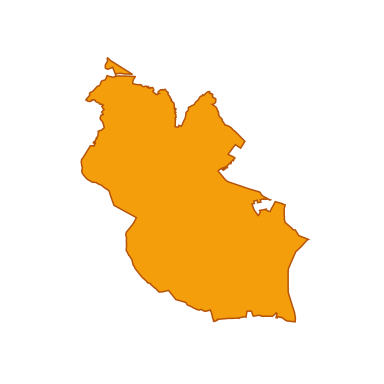 the district of Mihaesti, Vâlcea, Romania, rotated 347°
{"feature_id": "2599482B28552559363507", "entity_name": "Mihaesti", "entity_type": "district", "adm_level": 2, "iso_a3": "ROU", "parent_name": "Romania", "parent_adm1": "Vâlcea", "projection": "albers", "projection_center": [24.236, 45.036], "detail": "fine", "context": "isolated", "style": "filled", "palette": "amber", "viewbox_px": 384, "rotation_deg": 347, "n_neighbors": 0, "source": "geoboundaries", "source_scale": "gbopen_adm2", "svg_char_len": 5990}
<svg xmlns="http://www.w3.org/2000/svg" viewBox="0 0 384 384"><g transform="rotate(347 192 192)"><path d="M263.3,341.7L264.4,338.2L264.8,332.3L263.8,320.9L263.2,311.3L266.0,298.8L268.0,290.4L268.9,288.1L279.6,273.6L286.6,269.5L293.0,264.9L294.8,264.4L286.2,258.5L284.1,252.2L282.1,251.6L281.2,249.9L275.9,242.6L275.9,239.0L276.5,236.9L276.5,236.0L277.8,230.0L278.2,228.8L279.9,225.5L277.3,224.0L277.4,223.8L276.8,223.3L270.9,220.1L268.7,222.8L265.6,226.1L263.6,228.7L260.8,226.8L260.3,225.8L259.9,226.1L259.6,225.7L260.0,225.4L253.7,225.2L254.3,226.5L251.5,229.9L251.2,229.9L249.0,224.8L248.5,223.1L247.9,219.3L247.8,217.2L250.1,217.2L250.1,214.8L253.7,214.7L253.5,217.2L256.9,217.3L256.9,214.8L260.2,214.8L260.2,215.2L262.3,215.5L262.2,215.7L263.1,215.8L263.2,215.0L266.1,217.4L266.6,217.3L265.5,216.6L259.7,211.5L259.2,210.6L258.4,208.0L258.1,207.4L257.7,207.1L248.6,202.0L230.4,190.7L228.9,189.6L227.1,187.3L222.4,178.0L222.2,177.5L222.6,177.0L224.7,176.0L225.7,175.8L227.4,177.8L228.5,177.4L226.9,175.6L227.9,175.5L229.5,177.0L229.9,176.8L228.4,175.4L230.2,175.1L231.8,176.3L232.2,175.9L230.9,174.9L232.7,174.1L235.4,172.4L236.2,173.2L236.8,172.4L236.2,171.9L238.8,170.2L239.4,170.8L239.8,170.3L239.3,169.9L241.5,168.5L240.1,167.0L235.6,163.4L242.8,157.3L244.2,156.3L244.8,155.6L249.3,160.2L254.9,154.6L249.5,145.6L247.0,141.8L245.9,140.7L245.3,139.3L244.7,138.3L243.1,136.6L240.9,134.9L239.3,134.2L238.9,133.9L239.0,133.3L238.6,131.9L237.4,129.2L237.8,128.4L237.7,128.0L236.8,126.2L235.5,124.3L235.2,123.2L235.6,122.8L235.4,122.1L235.6,121.5L235.7,119.4L235.3,118.7L234.9,115.6L234.5,114.8L231.7,111.5L232.0,111.6L232.7,111.0L233.8,110.8L235.2,109.9L236.0,107.4L236.0,106.2L234.3,105.2L233.4,104.3L233.4,104.0L233.7,103.8L233.5,102.6L234.2,101.7L233.2,100.5L232.1,100.4L231.3,99.5L231.9,99.0L231.8,98.3L231.4,97.9L229.8,98.0L228.0,98.7L225.3,100.5L224.2,99.6L223.1,100.7L221.8,100.7L220.7,101.5L220.3,102.1L218.2,104.1L216.8,104.6L215.3,105.6L214.1,107.1L212.0,107.8L211.2,107.8L210.1,108.3L208.3,108.5L207.4,109.0L207.1,110.8L206.1,112.1L205.8,112.4L205.0,112.5L203.8,113.6L203.4,115.6L201.9,118.6L199.6,121.4L197.5,124.3L196.2,125.6L194.9,124.5L194.2,124.1L193.1,125.8L190.2,124.5L191.0,122.3L191.7,118.9L192.4,117.5L192.1,116.3L192.2,116.1L193.5,115.4L193.1,114.8L193.7,113.0L193.4,112.6L193.3,111.8L193.1,111.6L193.0,111.2L194.2,110.7L193.4,109.8L193.4,109.1L194.8,108.1L195.1,107.6L194.8,106.9L193.7,107.4L193.4,106.7L193.7,105.9L194.0,104.1L194.4,103.4L194.2,101.9L194.4,101.5L193.9,100.6L193.4,100.1L193.1,99.2L192.2,98.7L192.4,97.9L192.8,97.4L192.8,97.1L192.6,96.7L192.0,96.0L191.9,94.0L190.7,91.8L190.6,90.8L190.7,90.5L191.1,90.3L191.1,89.5L190.6,89.1L189.9,88.1L188.8,85.8L187.1,86.2L186.4,85.5L186.1,85.5L185.8,85.9L184.4,85.3L181.6,86.7L181.4,87.0L181.4,88.0L182.1,88.5L181.0,88.6L180.7,88.9L180.2,88.8L180.0,89.3L179.4,88.8L178.6,88.7L178.2,88.2L178.3,87.9L177.1,86.3L176.5,86.0L176.8,84.8L177.3,84.4L177.6,84.4L177.7,83.6L177.5,81.9L177.0,81.3L176.2,81.3L175.1,80.9L174.3,81.6L173.8,81.4L174.0,80.9L172.2,80.2L172.4,80.0L173.1,79.9L173.3,79.4L172.6,79.4L172.0,79.1L171.8,79.2L171.5,78.8L170.5,78.4L169.5,78.6L168.0,78.3L167.4,77.9L166.6,76.1L162.0,74.8L158.6,73.0L159.2,71.0L160.3,69.1L162.1,67.5L162.6,66.9L162.5,66.7L153.5,64.1L149.3,63.2L147.7,62.5L144.2,62.2L144.1,59.6L148.8,60.2L153.1,61.9L155.5,62.4L160.5,64.0L142.1,45.5L141.0,43.7L139.8,42.3L139.5,42.6L139.2,45.1L138.6,46.4L137.8,46.8L136.3,48.6L135.9,49.4L135.6,50.8L135.5,51.9L136.0,52.5L136.8,52.8L137.5,53.5L142.9,52.7L143.1,55.3L143.8,59.1L143.9,62.3L141.0,62.4L137.1,60.6L135.5,59.5L133.2,62.7L132.6,63.3L130.1,63.3L129.0,63.6L128.0,64.5L126.8,66.5L125.9,67.4L123.4,67.8L117.9,71.6L116.6,72.0L115.3,72.1L114.5,72.6L114.1,73.7L114.1,74.8L109.5,78.1L109.5,78.9L110.4,78.9L110.6,79.7L110.9,80.0L112.8,80.9L113.9,80.8L114.6,79.8L115.1,79.9L115.5,80.3L116.4,79.7L117.0,80.2L117.6,80.3L117.9,80.8L118.4,81.0L118.5,82.1L120.1,83.6L121.5,84.2L121.6,85.3L123.0,86.2L123.9,86.1L125.1,87.5L123.3,88.3L123.8,89.1L123.8,90.3L123.9,90.7L124.9,91.5L124.9,91.8L122.0,93.8L122.8,95.7L123.0,96.6L122.4,96.7L120.7,96.6L119.8,98.2L119.4,98.5L119.1,99.7L119.0,100.1L119.3,101.1L120.4,102.9L120.9,105.3L120.9,108.4L121.1,109.1L120.9,109.7L118.9,110.6L117.3,111.7L115.9,111.2L115.1,111.6L114.2,111.7L114.1,112.4L114.2,112.9L112.7,116.4L110.7,118.1L111.3,118.7L109.6,119.7L108.9,120.9L107.9,120.9L107.0,121.5L106.9,122.0L107.4,122.3L108.0,122.5L108.9,122.3L108.6,123.2L108.0,123.3L107.4,124.4L107.1,125.2L106.8,125.2L106.5,124.9L106.5,124.6L104.6,124.4L103.9,124.1L103.3,124.2L93.7,133.9L91.7,135.5L90.9,137.6L90.7,138.9L90.7,140.7L90.4,141.6L90.7,142.9L90.7,143.5L89.6,145.9L89.2,147.5L89.4,149.2L89.9,150.7L91.9,154.6L93.0,156.2L96.7,159.7L97.8,160.3L100.3,161.0L103.4,163.8L105.6,165.2L106.5,166.7L109.2,169.9L109.8,170.0L110.7,171.5L111.4,172.0L111.8,177.5L113.0,187.5L132.0,204.4L131.0,205.8L127.4,209.8L119.0,216.4L117.9,218.5L117.8,222.4L117.0,224.9L116.5,228.0L115.5,231.9L114.9,233.2L114.8,234.5L115.4,235.8L116.1,239.4L117.0,240.8L117.3,242.0L117.8,243.2L118.2,244.5L118.2,249.1L118.6,251.0L119.1,251.8L119.4,253.9L124.3,264.1L127.7,268.7L127.9,269.8L128.7,270.7L131.1,272.0L131.0,272.9L131.2,273.1L131.9,273.9L133.2,275.8L133.9,277.0L134.8,277.6L135.1,278.0L135.8,279.4L137.4,282.1L141.4,282.7L147.0,282.6L152.1,293.2L160.8,298.0L161.5,299.0L161.7,300.3L162.0,300.9L163.7,302.2L165.0,303.0L167.3,305.2L170.0,307.3L171.3,308.2L172.7,308.7L174.7,308.4L175.9,309.9L178.1,311.3L182.2,311.2L183.4,311.0L183.3,312.5L183.8,313.4L183.8,320.2L184.5,321.8L184.5,322.3L183.9,322.4L184.1,323.0L184.4,323.2L187.9,322.6L187.9,321.8L199.5,323.4L202.2,324.1L208.1,325.1L209.4,325.7L209.8,325.2L215.4,325.4L216.5,326.1L218.7,320.6L219.6,320.6L221.6,321.2L222.9,321.2L223.1,321.4L223.6,326.1L223.8,326.8L228.6,327.1L231.0,327.5L231.5,328.6L242.5,331.2L246.9,328.7L247.5,329.5L245.6,333.4L246.8,333.8L247.3,332.8L251.2,334.6L251.3,334.4L254.3,338.0L255.5,339.0L263.3,341.7Z" fill="#f59e0b" stroke="#b45309" stroke-width="1.5"/></g></svg>